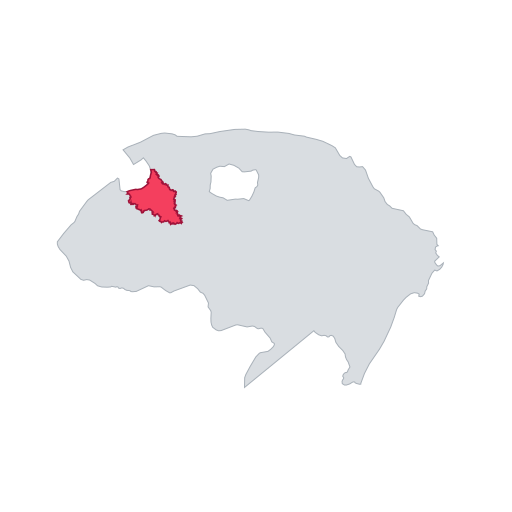 Gert Sibande, Mpumalanga, South Africa shown in context, rotated 232°
{"feature_id": "47623444B27645248540404", "entity_name": "Gert Sibande", "entity_type": "district", "adm_level": 2, "iso_a3": "ZAF", "parent_name": "South Africa", "parent_adm1": "Mpumalanga", "projection": "natural_earth1", "projection_center": [29.797, -26.609], "detail": "fine", "context": "in_parent", "style": "filled", "palette": "rose", "viewbox_px": 512, "rotation_deg": 232, "n_neighbors": 0, "source": "geoboundaries", "source_scale": "gbopen_adm2", "svg_char_len": 9330}
<svg xmlns="http://www.w3.org/2000/svg" viewBox="0 0 512 512"><g transform="rotate(232 256 256)"><path d="M345.4,103.6L356.3,101.9L361.2,102.9L367.1,105.5L372.6,106.4L381.9,105.5L385.2,105.9L387.7,106.8L389.5,108.2L392.2,118.5L394.4,129.5L394.4,133.1L394.7,134.5L397.3,139.2L398.3,142.1L399.9,144.5L403.2,156.3L403.6,158.3L403.4,186.9L402.1,190.3L402.7,194.8L401.1,195.4L391.9,189.7L390.3,189.9L387.7,192.0L385.2,195.4L384.1,198.2L379.4,205.9L379.1,210.8L379.5,215.0L381.0,215.2L382.1,218.2L384.6,223.0L388.9,226.1L392.8,227.4L398.4,227.8L402.7,227.7L402.5,224.5L403.5,215.8L410.8,216.9L421.5,216.6L420.7,222.2L416.8,235.1L414.2,249.5L411.0,256.8L409.1,259.8L403.9,265.1L401.2,266.9L398.9,267.5L389.9,278.2L386.6,283.4L383.6,291.0L380.7,295.1L376.4,304.0L368.9,317.1L362.5,325.7L359.7,328.1L357.8,329.3L352.8,334.3L345.7,342.3L340.3,349.4L332.3,357.4L327.6,360.9L320.6,367.9L318.7,368.9L310.8,375.3L305.2,379.3L296.1,383.8L292.4,385.1L283.7,383.9L280.1,384.5L277.1,387.3L276.8,391.2L275.6,391.8L267.6,390.0L264.3,390.3L262.4,392.4L260.8,395.0L256.3,395.2L248.1,392.4L238.5,390.7L236.2,390.6L231.6,392.6L230.0,392.9L223.2,392.5L219.4,391.2L215.8,391.2L213.1,392.2L209.8,392.6L200.9,400.0L196.3,400.0L192.3,400.9L185.1,399.9L183.0,400.3L180.9,401.6L176.1,402.2L174.3,403.3L166.3,410.1L162.9,409.3L158.7,409.3L153.8,405.7L151.9,405.9L152.4,404.8L152.5,402.9L150.7,401.0L148.8,401.1L147.8,399.5L144.9,399.3L142.5,399.8L141.9,393.6L140.7,392.9L137.8,392.8L136.4,393.0L135.8,393.6L135.1,395.0L135.2,399.4L134.1,398.1L132.9,395.5L132.4,392.7L132.8,389.4L134.9,388.2L134.1,384.0L130.5,376.8L128.4,375.3L126.6,371.6L125.0,370.3L124.2,367.7L122.5,365.6L121.9,362.4L122.7,360.5L124.1,359.5L125.5,361.1L127.3,360.4L129.7,358.1L131.0,354.5L131.0,348.8L130.5,345.2L128.2,335.9L127.2,333.8L122.5,327.1L117.0,318.3L109.9,304.3L106.5,295.8L101.2,278.9L96.7,269.2L91.2,260.3L90.5,259.7L91.2,258.6L94.0,256.5L95.2,256.0L95.9,256.2L96.6,255.7L97.2,254.3L97.5,251.1L98.7,247.7L99.8,246.3L102.3,245.4L104.2,246.6L105.0,247.9L105.4,249.5L106.3,250.3L107.6,250.2L108.6,251.2L109.2,253.2L109.1,254.7L108.4,255.6L108.5,256.9L109.5,258.4L110.7,261.7L115.8,263.4L118.6,263.6L121.4,264.4L124.0,265.9L128.1,266.2L133.9,265.5L138.8,265.8L142.6,267.3L145.3,267.5L147.0,266.6L147.7,265.3L147.4,263.6L148.2,262.5L150.1,262.1L151.6,260.8L152.7,258.6L155.3,256.9L159.4,255.6L161.5,255.6L159.5,166.0L167.1,172.2L168.9,175.1L172.6,183.5L176.6,193.8L177.3,198.8L177.1,199.9L173.5,206.7L173.4,210.0L173.9,214.0L174.8,215.9L175.9,216.6L178.6,215.6L182.6,216.6L190.4,216.2L194.3,216.7L195.2,216.4L196.1,215.5L197.1,213.2L198.0,212.4L201.5,211.4L203.1,210.0L205.6,205.3L213.2,199.1L214.1,197.6L218.7,182.6L220.1,180.5L222.3,179.1L226.5,178.0L229.0,178.6L231.7,179.9L234.7,182.1L239.3,186.1L240.9,186.7L245.4,186.9L248.2,189.6L256.7,191.4L259.2,191.3L261.8,189.9L266.1,189.9L270.8,188.9L273.6,186.3L278.9,169.9L279.5,166.3L280.1,165.3L284.5,163.5L289.9,162.1L291.0,161.3L294.4,156.7L298.8,153.0L301.8,139.9L303.8,136.8L305.0,135.5L305.8,135.5L307.0,134.7L308.4,133.1L310.2,132.1L312.2,131.7L313.5,130.6L314.1,128.9L315.1,128.0L316.6,128.1L317.5,127.5L317.7,126.4L321.0,123.6L321.1,122.4L322.9,119.7L326.6,115.3L330.1,112.8L333.4,112.3L339.5,110.1L341.7,108.0L343.0,105.2L345.4,103.6ZM335.8,296.6L341.1,294.4L345.1,291.4L345.9,286.1L349.0,282.8L350.1,279.8L350.9,275.6L349.1,271.2L346.6,269.9L342.1,266.1L340.1,263.6L337.4,261.4L335.5,258.8L332.4,259.7L327.6,261.7L324.6,263.7L322.1,265.9L317.6,267.6L313.5,274.8L312.1,276.4L308.8,281.7L304.1,284.3L304.0,285.2L305.6,289.5L307.8,293.8L310.2,297.3L310.1,299.4L310.8,301.1L312.9,302.3L316.4,306.6L318.2,308.0L323.5,309.1L324.3,308.8L325.7,306.2L325.9,304.4L329.4,298.7L330.9,297.0L335.8,296.6Z" fill="#d9dde1" stroke="#a8b0b8" stroke-width="1"/><path d="M371.9,228.2L372.6,228.2L373.2,227.9L373.8,227.9L374.4,228.2L375.0,228.1L376.5,227.3L377.7,227.2L377.9,227.5L378.1,227.4L378.2,227.7L378.3,227.5L378.6,227.7L378.5,227.9L378.7,228.0L379.0,228.2L378.9,227.9L379.1,227.9L379.3,228.2L379.5,228.2L379.4,228.3L379.5,228.3L379.5,228.5L379.7,228.4L379.9,228.6L379.8,228.9L380.2,228.8L380.2,228.7L380.5,228.6L380.4,228.5L380.6,228.5L380.6,228.3L380.6,227.9L381.8,227.7L381.8,228.3L382.1,228.7L382.2,229.2L382.5,229.0L382.9,229.0L383.4,229.0L383.5,228.7L383.8,229.0L384.0,228.7L384.2,228.9L384.4,228.6L384.7,228.5L384.9,228.6L385.0,228.4L385.3,228.3L386.2,229.1L386.7,229.2L387.5,228.0L388.9,226.2L386.4,225.2L384.6,222.6L383.1,221.1L382.5,220.0L382.9,219.1L382.8,218.0L381.5,216.8L381.4,216.6L381.2,215.0L381.1,215.5L380.6,215.8L380.3,215.8L379.9,216.3L379.6,216.4L379.4,215.9L379.3,215.1L379.2,213.2L379.2,209.8L379.5,207.2L380.0,205.9L380.5,205.2L381.2,203.7L382.6,202.2L384.9,197.5L385.7,195.4L386.0,193.9L384.6,194.0L384.3,193.7L384.2,192.6L382.8,194.3L381.0,194.0L380.4,194.1L379.6,193.8L379.8,193.6L379.9,192.8L379.7,192.6L378.9,192.5L378.7,192.3L378.8,192.2L378.4,191.5L378.4,190.9L378.2,190.7L377.9,190.0L378.0,189.5L376.3,188.8L376.1,188.8L376.1,189.1L375.7,189.1L374.9,189.8L375.5,190.7L374.5,190.2L373.7,189.2L373.0,190.1L373.6,190.7L373.0,191.4L372.9,190.8L372.4,191.1L372.6,191.3L372.3,191.7L372.4,191.9L371.9,192.3L371.7,192.9L370.9,193.1L369.9,192.9L369.2,194.1L368.8,193.6L368.3,193.3L368.1,192.7L368.7,191.6L367.5,191.1L367.2,191.9L366.3,191.4L366.2,191.7L365.0,192.1L364.9,192.4L363.9,192.9L363.0,193.0L363.1,193.9L362.3,193.7L361.1,192.7L360.4,192.5L360.1,192.8L359.7,194.0L360.3,194.3L360.7,195.0L360.3,195.3L360.3,195.9L360.5,196.2L359.7,197.6L359.3,198.4L359.1,199.8L359.2,200.5L358.3,201.4L357.4,200.8L357.2,201.4L357.0,201.5L356.4,201.8L355.0,201.7L354.8,202.0L354.3,202.0L353.9,202.0L354.3,201.0L353.3,200.4L352.9,200.0L352.6,200.1L352.1,201.0L350.8,200.9L350.5,200.6L350.2,201.1L349.9,201.1L350.1,201.3L349.8,201.8L350.4,202.3L350.3,203.0L349.9,203.9L350.1,204.1L349.9,204.5L349.7,204.3L348.7,204.2L348.2,204.7L347.3,204.4L347.3,204.7L346.9,204.7L346.7,204.3L346.4,204.4L346.4,204.6L345.4,205.2L345.0,204.3L345.0,203.9L344.3,203.5L343.7,202.2L343.6,201.4L342.9,201.4L342.6,201.6L342.6,201.8L342.3,201.7L341.7,202.3L340.6,202.1L340.6,202.7L340.2,203.8L339.7,204.2L340.1,205.6L338.7,206.3L338.6,206.5L338.6,206.8L338.2,207.4L338.2,208.5L336.6,208.4L336.1,208.2L335.8,208.3L335.7,208.2L335.5,208.6L335.6,209.2L334.5,209.0L334.6,208.5L334.4,208.5L334.2,208.7L334.3,208.4L333.7,208.2L333.4,208.1L333.3,209.6L333.5,209.9L333.4,210.3L332.9,210.2L333.0,210.6L332.5,210.7L332.5,210.9L332.4,210.9L332.6,211.3L331.7,211.4L331.7,211.8L330.8,211.8L330.5,213.4L330.9,214.4L329.8,214.7L329.7,215.0L329.2,215.2L329.2,215.6L329.3,216.4L329.0,217.3L328.5,217.2L328.5,216.9L328.1,217.0L327.7,217.2L327.8,217.4L327.7,217.4L328.0,217.9L328.0,218.2L328.4,217.9L328.6,218.5L328.8,218.8L329.0,218.7L329.1,218.4L329.4,218.4L329.2,218.7L329.3,219.0L329.9,218.6L330.3,218.6L330.6,218.6L330.8,218.7L330.8,219.0L331.4,220.0L331.1,220.4L331.2,220.6L331.5,220.4L331.9,219.8L331.6,219.4L331.9,219.4L332.2,219.8L332.3,219.8L332.2,219.6L332.4,219.3L332.2,219.2L332.4,219.0L332.6,219.5L333.0,219.9L332.9,220.4L333.4,220.7L333.5,220.9L333.9,221.2L333.8,221.5L333.6,221.6L333.5,221.9L333.9,221.7L334.1,221.2L334.5,221.2L334.7,220.8L335.1,220.7L335.0,220.4L335.8,220.7L336.0,220.2L335.5,220.0L335.2,220.2L335.3,219.5L335.8,219.1L336.6,219.6L336.9,219.6L337.1,219.5L337.6,220.3L337.8,220.3L338.0,220.2L338.3,220.3L338.4,220.5L338.8,220.9L339.0,220.5L339.2,221.3L339.4,221.1L339.7,221.3L340.1,220.8L340.3,221.0L340.5,221.6L340.9,221.4L340.9,221.0L340.6,220.8L340.8,220.6L341.1,220.7L341.3,220.5L341.6,220.6L342.0,220.5L342.3,220.0L343.5,220.6L343.6,220.9L343.7,220.4L344.1,220.4L344.2,220.7L344.0,221.1L344.3,221.3L344.2,221.4L344.5,221.8L344.4,221.9L344.1,222.2L344.4,222.3L344.7,222.8L344.7,223.1L345.1,223.4L345.0,223.6L345.3,223.9L345.3,224.4L345.6,224.3L345.6,224.1L346.0,223.9L346.2,223.7L346.4,223.7L346.6,223.8L346.8,223.7L347.1,223.8L347.5,223.8L347.7,224.5L347.9,224.7L347.8,224.8L348.1,224.9L348.1,225.0L348.2,224.7L348.3,224.8L348.4,224.7L348.3,224.9L348.4,225.1L348.5,224.9L348.5,225.0L348.7,224.9L349.0,225.4L349.2,225.5L349.6,225.2L349.7,225.3L349.7,225.6L349.8,225.7L349.7,225.9L349.8,226.0L349.5,226.4L349.7,226.7L349.8,226.7L349.9,226.3L350.3,226.3L350.8,226.2L350.8,226.3L350.9,226.2L351.0,226.2L351.1,226.4L351.3,226.3L351.5,226.5L351.6,226.4L351.7,226.6L351.8,226.6L352.3,227.3L352.5,227.8L352.4,227.9L352.4,228.2L352.7,228.4L352.8,228.2L352.7,228.5L352.9,228.5L352.7,229.0L353.1,229.0L353.3,229.2L353.2,229.3L353.3,229.5L353.5,229.6L353.4,229.5L353.5,229.4L353.7,229.6L353.6,229.9L353.8,229.7L353.9,230.0L354.1,230.0L354.1,230.3L353.9,230.5L354.1,230.6L354.0,230.8L354.3,230.8L354.3,231.0L354.5,231.0L354.6,231.4L355.1,231.7L355.2,232.3L355.5,232.6L356.1,232.5L356.2,232.3L356.7,232.4L356.9,232.3L357.1,232.3L357.2,232.0L357.1,231.8L357.2,231.6L357.1,231.2L357.6,230.8L358.0,230.8L358.6,231.3L359.0,231.4L359.1,231.2L359.4,231.1L359.4,230.7L359.6,230.7L359.6,230.3L359.8,230.1L359.9,229.5L360.5,229.6L360.8,229.4L360.9,229.6L361.1,229.6L361.5,228.9L362.7,229.3L363.1,229.7L363.5,229.9L363.8,229.7L364.1,229.7L364.5,229.2L364.9,229.2L366.1,230.3L366.2,230.1L366.2,229.8L366.8,229.5L367.2,228.9L367.8,229.2L367.9,229.5L368.1,229.4L368.8,229.2L368.9,227.9L369.3,228.0L369.6,227.6L369.8,227.5L370.6,227.8L370.6,226.8L371.2,226.9L371.8,226.8L371.8,227.9L371.9,228.2Z" fill="#f43f5e" stroke="#9f1239" stroke-width="1.5"/></g></svg>